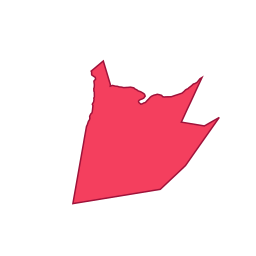 the district of San Miguel Santa Flor, Oaxaca, Mexico, rotated 53°
{"feature_id": "50627088B38442506685774", "entity_name": "San Miguel Santa Flor", "entity_type": "district", "adm_level": 2, "iso_a3": "MEX", "parent_name": "Mexico", "parent_adm1": "Oaxaca", "projection": "equal_earth", "projection_center": [-96.811, 17.921], "detail": "fine", "context": "isolated", "style": "filled", "palette": "rose", "viewbox_px": 256, "rotation_deg": 53, "n_neighbors": 0, "source": "geoboundaries", "source_scale": "gbopen_adm2", "svg_char_len": 1374}
<svg xmlns="http://www.w3.org/2000/svg" viewBox="0 0 256 256"><g transform="rotate(53 128 128)"><path d="M155.2,217.5L196.4,139.1L192.6,104.7L185.3,82.3L174.5,48.8L172.3,65.8L155.4,81.9L148.7,69.5L145.0,62.4L139.3,51.8L138.6,50.5L136.2,46.0L132.2,38.5L132.0,41.0L132.8,44.0L133.1,45.3L132.8,47.8L132.2,49.3L132.4,51.0L132.5,52.8L132.5,55.3L132.7,56.6L132.3,57.9L132.2,59.3L132.5,61.0L132.7,63.8L131.3,68.1L130.3,70.9L129.1,74.6L127.4,77.0L126.3,78.5L125.6,79.5L125.1,80.4L123.8,81.5L122.2,81.5L120.3,82.9L118.6,84.4L118.3,85.5L117.4,87.4L116.8,90.0L116.8,91.6L117.3,94.1L117.6,96.2L118.1,98.8L117.5,100.3L117.3,101.8L116.7,103.4L114.2,104.0L112.9,103.5L112.6,102.3L112.8,100.7L113.3,99.3L113.6,97.4L112.9,95.1L110.9,94.5L109.4,94.9L107.0,95.9L105.8,96.6L104.6,97.5L102.8,98.0L101.1,98.9L99.4,99.2L97.0,101.3L96.8,101.5L95.8,103.2L94.7,104.8L93.2,107.1L91.4,108.6L90.0,110.2L88.3,111.4L86.9,113.0L84.7,114.7L83.9,117.0L82.8,116.0L59.6,107.4L60.4,123.2L61.2,123.3L63.3,124.8L64.0,125.0L67.9,123.7L69.5,124.5L70.0,127.0L73.3,128.9L75.3,130.6L75.7,131.4L78.1,133.1L78.9,133.2L83.0,136.2L83.5,137.3L84.8,138.0L86.5,139.8L87.5,142.2L89.1,142.6L92.2,145.5L93.5,146.8L94.2,147.7L94.4,149.3L95.6,151.6L97.4,152.7L98.4,154.1L98.8,155.5L101.3,159.1L101.6,160.0L110.4,169.5L112.9,172.1L121.9,181.8L122.1,182.0L155.2,217.5Z" fill="#f43f5e" stroke="#9f1239" stroke-width="1.5"/></g></svg>